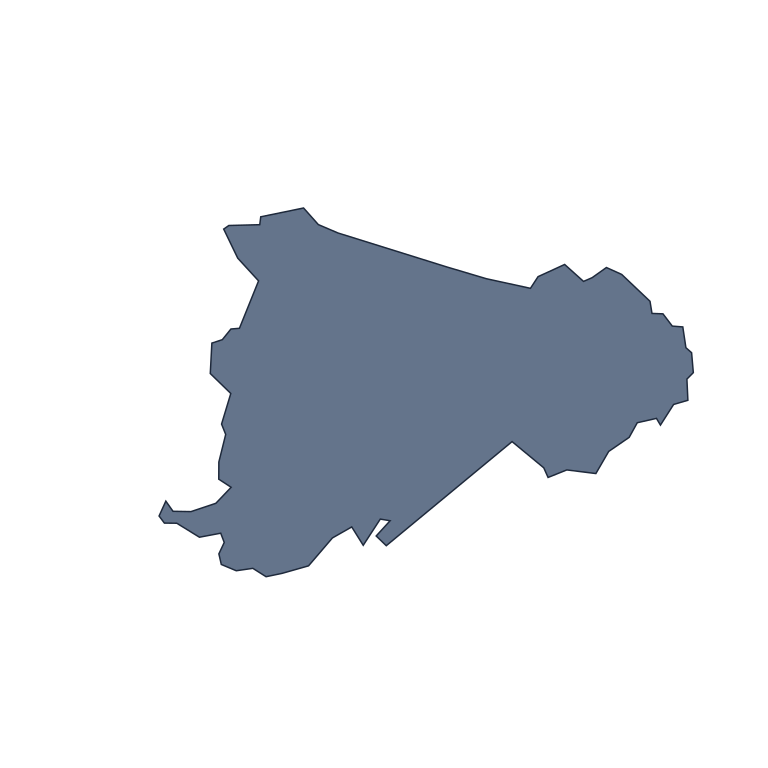 the district of Raleigh, West Virginia, United States of America, rotated 136°
{"feature_id": "52423323B5491062021633", "entity_name": "Raleigh", "entity_type": "district", "adm_level": 2, "iso_a3": "USA", "parent_name": "United States of America", "parent_adm1": "West Virginia", "projection": "albers", "projection_center": [-81.215, 37.749], "detail": "fine", "context": "isolated", "style": "filled", "palette": "slate", "viewbox_px": 768, "rotation_deg": 136, "n_neighbors": 0, "source": "geoboundaries", "source_scale": "gbopen_adm2", "svg_char_len": 1071}
<svg xmlns="http://www.w3.org/2000/svg" viewBox="0 0 768 768"><g transform="rotate(136 384 384)"><path d="M479.4,533.0L501.7,512.2L500.8,483.6L528.7,468.0L532.9,457.7L557.0,442.6L569.0,430.3L565.7,415.9L587.8,415.0L611.5,426.3L624.2,439.0L622.3,451.3L637.5,445.3L638.6,436.5L629.8,427.8L623.2,402.0L605.1,390.1L609.0,381.0L620.8,376.5L626.4,367.2L620.0,352.3L606.4,342.5L602.7,327.3L588.9,318.6L564.6,305.6L528.1,309.1L506.5,303.6L511.0,282.4L480.5,289.4L474.6,281.4L495.2,280.1L494.7,266.1L331.9,253.6L327.3,212.7L330.9,202.8L312.2,195.2L293.8,172.4L269.2,179.4L244.7,175.3L228.7,180.2L211.9,170.0L213.7,162.4L189.9,168.1L176.7,161.2L162.7,177.1L153.6,177.3L141.0,192.8L141.6,200.4L129.4,217.5L136.4,225.4L134.6,240.7L142.2,248.6L135.2,258.7L136.9,297.7L143.1,313.3L160.4,315.9L169.2,319.2L171.0,344.5L198.6,354.2L212.2,351.1L237.2,388.6L257.3,424.2L312.2,524.6L320.5,544.3L319.6,566.5L356.5,589.9L362.7,584.9L385.5,605.8L391.7,606.8L401.8,576.1L402.6,545.3L449.3,524.5L455.9,529.9L469.5,528.2L479.4,533.0Z" fill="#64748b" stroke="#1e293b" stroke-width="1.5"/></g></svg>